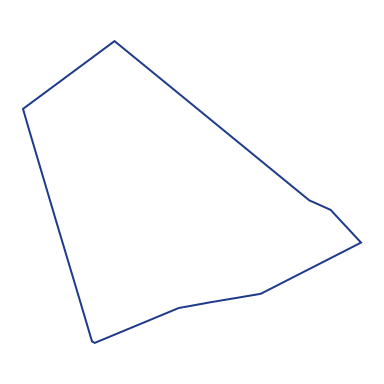 the district of Lebanon, Pennsylvania, United States of America
{"feature_id": "52423323B26378856844505", "entity_name": "Lebanon", "entity_type": "district", "adm_level": 2, "iso_a3": "USA", "parent_name": "United States of America", "parent_adm1": "Pennsylvania", "projection": "mercator", "projection_center": [-76.461, 40.376], "detail": "fine", "context": "isolated", "style": "outline", "palette": "blue", "viewbox_px": 384, "rotation_deg": 0, "n_neighbors": 0, "source": "geoboundaries", "source_scale": "gbopen_adm2", "svg_char_len": 298}
<svg xmlns="http://www.w3.org/2000/svg" viewBox="0 0 384 384"><path d="M114.5,41.1L23.0,108.9L29.6,131.6L56.7,223.0L78.1,294.5L92.0,341.4L94.7,342.9L178.7,308.0L210.2,302.3L260.7,293.8L361.0,242.6L330.6,209.9L309.2,200.3L175.6,91.0L114.5,41.1Z" fill="none" stroke="#1e3a8a" stroke-width="2"/></svg>